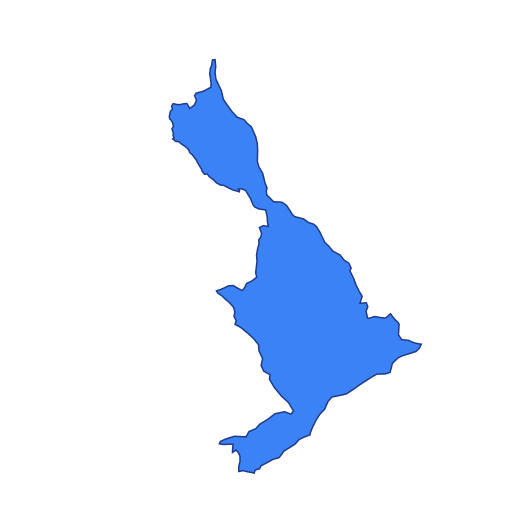 Kathikas, Paphos, Cyprus, rotated 65°
{"feature_id": "46923920B37221466711633", "entity_name": "Kathikas", "entity_type": "district", "adm_level": 2, "iso_a3": "CYP", "parent_name": "Cyprus", "parent_adm1": "Paphos", "projection": "robinson", "projection_center": [32.401, 34.906], "detail": "fine", "context": "isolated", "style": "filled", "palette": "blue", "viewbox_px": 512, "rotation_deg": 65, "n_neighbors": 0, "source": "geoboundaries", "source_scale": "gbopen_adm2", "svg_char_len": 3206}
<svg xmlns="http://www.w3.org/2000/svg" viewBox="0 0 512 512"><g transform="rotate(65 256 256)"><path d="M309.1,303.9L314.2,300.1L320.7,296.9L329.7,293.1L337.5,291.2L343.1,293.4L351.7,293.4L357.4,297.6L363.6,297.7L369.5,293.5L373.5,295.9L383.1,294.9L393.9,292.1L402.5,288.5L412.3,287.5L414.1,291.2L409.2,295.9L407.0,305.3L409.0,314.5L410.1,324.0L412.4,329.1L412.1,336.5L415.7,341.4L413.4,345.9L410.3,351.6L409.5,357.1L409.2,360.1L409.0,361.5L409.0,366.7L410.7,368.6L413.1,365.1L414.8,360.8L416.8,356.3L421.7,359.1L424.1,360.3L423.4,356.1L427.5,355.0L431.0,355.3L435.4,357.3L439.5,360.6L444.0,362.7L445.1,358.4L448.2,354.6L450.3,351.4L452.1,349.5L451.0,348.5L449.6,347.1L450.4,342.6L448.3,340.2L447.9,332.5L447.5,326.8L448.5,320.3L446.5,316.4L444.6,313.1L444.2,309.6L443.0,300.1L440.5,294.4L440.5,289.1L440.9,282.6L439.5,281.8L434.8,276.8L430.0,270.7L426.3,264.9L424.0,258.6L418.2,252.2L415.9,246.7L417.9,238.4L419.2,232.5L417.7,222.4L416.4,215.6L414.5,201.5L414.1,196.4L417.5,188.7L418.2,183.7L410.9,177.7L408.3,170.1L408.3,165.4L410.2,151.4L408.6,146.9L405.8,143.4L404.5,145.5L401.4,149.5L396.8,153.6L393.4,159.3L387.6,160.2L378.3,155.1L375.8,155.5L371.3,157.3L365.2,158.5L367.0,164.9L364.7,168.7L360.9,174.2L360.3,179.8L359.4,181.1L352.6,179.6L349.2,176.1L345.0,175.8L342.8,181.7L337.3,176.8L331.3,177.4L325.7,177.6L317.2,177.0L309.0,177.1L307.2,174.9L301.7,174.9L297.0,177.9L290.7,179.3L284.2,184.2L277.4,186.0L273.0,187.9L261.3,188.0L254.7,188.8L251.5,190.3L247.6,194.5L242.6,197.1L240.0,200.3L236.6,204.3L233.9,205.5L229.3,206.0L223.3,206.9L218.4,209.6L216.2,213.3L214.3,217.2L210.0,218.6L205.2,220.4L201.5,219.2L198.9,217.2L193.6,217.0L184.0,215.0L176.7,215.7L171.0,214.9L160.8,209.8L154.6,207.3L148.0,205.9L137.1,205.6L131.5,208.2L127.6,209.1L122.2,214.4L115.5,216.6L107.6,218.2L100.3,219.4L91.4,217.5L86.5,217.6L78.8,217.6L72.3,215.5L67.2,212.4L60.7,210.1L59.9,212.5L62.2,214.2L63.8,215.1L65.5,216.7L66.8,218.3L68.4,219.1L71.5,221.1L75.4,222.1L78.4,223.1L80.5,223.7L84.0,225.6L84.4,234.3L83.1,241.5L84.7,243.9L89.7,244.1L90.8,245.3L93.4,248.5L94.2,253.7L88.6,254.2L87.3,258.0L86.6,261.2L85.1,263.9L82.9,266.7L84.7,269.3L87.7,269.6L88.3,271.6L89.0,272.7L92.9,275.6L95.2,276.3L97.5,275.3L100.4,275.4L103.7,276.0L105.0,278.3L106.9,278.7L109.2,278.8L111.8,280.2L114.5,280.4L114.7,282.0L116.0,281.4L118.4,280.2L119.3,278.1L120.9,277.2L123.4,276.0L125.9,274.4L129.0,272.9L131.2,272.2L134.4,272.3L137.5,270.9L140.5,270.3L143.8,269.6L146.4,269.5L150.1,269.2L153.8,268.7L156.7,269.0L160.2,268.1L161.0,265.5L164.4,264.8L168.9,262.4L172.9,261.0L176.6,258.3L178.4,255.4L182.7,252.1L185.8,249.6L188.4,246.6L190.8,244.0L189.6,243.2L187.8,243.7L189.1,240.6L192.0,237.8L197.2,237.2L202.0,236.7L207.9,237.0L210.7,236.6L214.4,233.8L218.3,227.8L224.6,229.1L229.6,231.1L234.5,232.4L231.6,236.5L231.7,240.9L234.9,241.1L238.2,241.5L240.8,243.7L242.5,246.6L246.3,248.2L250.4,251.7L255.6,255.2L261.2,257.3L270.9,263.3L275.6,264.4L276.9,270.5L276.9,276.1L280.4,280.4L281.4,283.3L277.0,286.5L273.0,289.2L271.4,293.9L271.5,297.8L271.4,302.0L270.9,306.6L273.5,306.3L277.8,303.7L282.3,302.0L286.2,300.1L292.7,298.0L297.8,298.8L301.4,301.5L306.1,301.2L309.1,303.9Z" fill="#3b82f6" stroke="#1e3a8a" stroke-width="1.5"/></g></svg>